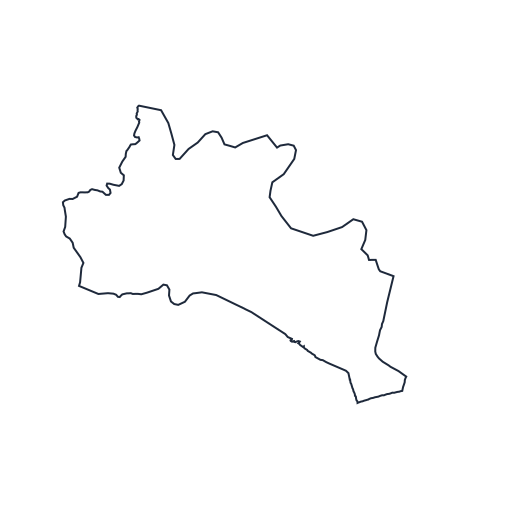 outline of Youwarou, Mopti, Mali, rotated 210°
{"feature_id": "8926073B44950387084983", "entity_name": "Youwarou", "entity_type": "district", "adm_level": 2, "iso_a3": "MLI", "parent_name": "Mali", "parent_adm1": "Mopti", "projection": "mercator", "projection_center": [-4.577, 15.386], "detail": "fine", "context": "isolated", "style": "outline", "palette": "slate", "viewbox_px": 512, "rotation_deg": 210, "n_neighbors": 0, "source": "geoboundaries", "source_scale": "gbopen_adm2", "svg_char_len": 3676}
<svg xmlns="http://www.w3.org/2000/svg" viewBox="0 0 512 512"><g transform="rotate(210 256 256)"><path d="M441.0,222.2L441.2,221.9L440.6,217.9L443.3,213.7L446.1,212.2L449.3,208.5L450.1,206.0L448.3,203.6L446.0,202.1L444.7,200.4L440.3,195.0L435.8,185.8L434.9,181.0L432.5,179.1L430.2,178.0L426.0,178.0L421.4,175.8L418.0,172.0L407.5,167.2L402.0,163.7L401.3,158.5L395.2,145.3L394.3,141.6L373.5,144.3L365.6,149.8L360.6,152.1L357.7,152.5L355.2,151.6L353.5,152.3L353.2,153.9L352.6,155.9L349.3,159.0L347.5,160.1L345.8,161.2L343.8,161.5L339.5,164.1L336.2,165.5L332.1,169.7L324.1,178.8L321.9,184.9L318.5,186.1L314.2,183.6L311.6,178.3L306.9,174.1L302.8,173.5L298.9,174.8L296.8,177.8L294.7,180.8L294.2,184.7L293.7,188.6L291.8,192.1L289.5,193.8L284.7,197.5L270.9,202.3L248.9,203.9L239.9,204.6L238.7,204.6L232.1,205.1L191.5,203.0L188.0,201.7L183.4,202.2L183.2,201.5L183.9,200.2L183.4,199.8L182.0,199.8L181.1,200.4L181.0,200.9L180.5,201.4L179.7,200.8L179.1,201.0L178.9,201.0L178.6,201.5L177.4,202.9L177.1,203.2L176.8,203.5L175.3,203.8L175.4,201.8L175.5,201.6L174.8,201.6L173.3,201.0L169.9,200.7L169.4,201.7L168.8,200.8L167.9,200.3L164.7,200.2L163.8,199.7L159.9,199.7L159.4,199.5L158.9,199.4L155.8,199.4L155.3,199.3L154.0,198.2L148.3,198.3L146.1,199.2L142.2,199.2L138.7,199.5L123.5,201.3L120.7,201.6L117.4,200.8L114.0,197.0L113.0,195.8L112.7,196.0L111.1,193.9L110.5,193.3L109.8,193.0L108.5,191.8L106.4,189.8L105.4,189.2L103.7,187.4L103.0,187.1L101.5,185.9L100.9,185.2L100.4,184.4L99.4,184.3L98.8,183.6L97.9,182.4L96.7,181.2L96.2,181.1L95.4,180.7L95.0,180.1L94.6,179.5L93.9,180.5L93.5,180.9L92.3,182.4L91.1,183.4L90.0,184.8L88.2,186.6L87.6,187.3L87.4,187.5L86.9,187.9L86.5,188.8L85.2,190.4L84.7,190.8L83.8,191.5L82.8,192.6L82.4,193.1L81.1,194.2L79.7,195.4L78.6,196.9L77.1,198.5L76.1,199.0L75.4,199.5L74.6,200.6L73.3,202.1L72.0,203.0L71.0,204.0L69.6,205.8L68.0,206.6L67.1,207.5L65.7,208.9L64.0,210.2L63.3,211.1L63.1,211.3L61.9,212.3L63.1,216.0L63.7,219.1L64.1,221.0L65.1,223.0L65.5,225.1L65.6,226.7L68.0,226.9L72.1,227.3L75.0,227.6L84.2,227.3L86.4,227.6L93.4,227.8L98.3,228.8L100.4,229.6L103.3,231.1L104.3,232.2L104.9,232.8L106.8,236.2L108.3,242.2L109.8,248.8L110.5,250.8L111.5,253.8L111.7,257.4L112.9,260.1L113.2,263.2L119.3,281.6L126.8,307.3L140.8,304.9L143.0,305.9L145.5,308.1L150.4,312.5L156.2,309.1L157.5,310.4L159.6,312.4L168.2,314.6L169.4,324.5L173.3,333.6L181.3,338.7L190.1,336.5L195.9,324.1L206.2,312.4L216.6,302.1L239.5,297.5L253.9,303.3L263.3,308.6L273.6,313.7L276.1,319.8L278.7,328.0L272.9,340.7L271.4,359.2L274.3,367.7L278.5,370.4L284.0,368.9L290.2,363.8L292.0,360.4L306.8,366.1L323.9,347.3L328.3,339.6L333.7,338.3L339.1,336.9L345.0,341.3L350.7,344.2L355.9,342.3L360.8,336.2L363.2,325.1L367.9,315.0L370.7,301.9L374.1,299.9L378.5,301.9L382.2,311.4L390.3,319.5L398.4,327.3L411.1,334.8L432.5,327.7L432.8,327.0L432.9,326.8L433.0,325.1L431.9,324.2L431.6,323.3L431.3,322.8L430.7,322.0L430.6,319.8L429.8,318.8L429.7,317.3L428.8,315.9L427.1,315.4L427.1,315.5L426.2,315.9L424.9,315.6L424.7,314.6L424.6,314.0L424.2,313.6L423.8,313.1L423.2,308.3L423.0,304.3L422.6,301.4L421.9,299.4L420.3,298.6L418.2,299.2L417.5,299.8L417.0,300.2L416.7,299.9L415.8,299.2L414.6,297.8L415.6,294.7L416.2,293.1L416.5,292.5L418.9,290.9L420.1,290.0L420.2,288.5L420.1,287.8L420.1,287.5L420.4,283.4L420.7,282.1L419.8,279.3L418.5,276.7L419.0,271.0L418.6,264.1L414.7,260.5L410.8,259.8L408.4,255.2L408.2,251.1L409.6,248.3L415.1,246.4L418.8,245.5L421.1,244.3L420.6,242.3L418.0,241.0L415.7,240.5L413.5,237.9L413.9,235.4L416.6,233.9L421.1,234.9L423.2,234.0L426.1,233.6L428.7,232.6L431.4,231.9L432.5,230.4L432.7,228.4L433.6,227.0L436.2,225.4L439.7,223.5L441.0,222.2Z" fill="none" stroke="#1e293b" stroke-width="2"/></g></svg>